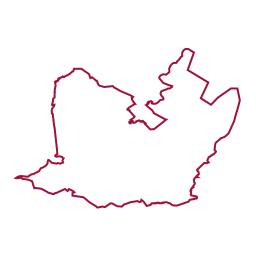 Aknīstes pag., Aknistes, Latvia (Robinson projection), rotated 181°
{"feature_id": "27541924B26802914642093", "entity_name": "Aknīstes pag.", "entity_type": "district", "adm_level": 2, "iso_a3": "LVA", "parent_name": "Latvia", "parent_adm1": "Aknistes", "projection": "robinson", "projection_center": [25.758, 56.171], "detail": "fine", "context": "isolated", "style": "outline", "palette": "rose", "viewbox_px": 256, "rotation_deg": 181, "n_neighbors": 0, "source": "geoboundaries", "source_scale": "gbopen_adm2", "svg_char_len": 5595}
<svg xmlns="http://www.w3.org/2000/svg" viewBox="0 0 256 256"><g transform="rotate(181 128 128)"><path d="M19.3,169.4L25.8,169.3L38.7,159.9L45.4,152.7L55.7,159.0L48.5,174.9L69.3,187.0L63.4,204.7L69.0,207.9L69.9,208.1L71.8,208.0L73.2,207.2L74.9,204.8L75.2,202.9L75.0,201.2L75.2,200.7L76.6,199.7L77.5,198.2L79.3,196.1L79.9,195.7L80.5,194.2L80.8,194.0L83.6,193.8L85.3,192.6L87.0,190.3L87.9,187.9L87.6,185.6L87.8,184.4L90.9,182.0L93.9,182.3L94.5,182.1L96.2,181.1L96.7,180.7L97.5,179.5L97.6,179.1L97.5,178.2L95.3,175.7L93.6,173.7L87.5,171.4L84.7,170.8L84.5,170.6L84.8,169.9L86.9,168.2L88.7,168.2L90.2,167.3L92.8,166.4L95.4,165.2L96.1,163.1L95.7,161.8L94.7,160.4L93.4,159.0L93.0,157.6L93.1,157.3L96.7,156.2L98.3,154.2L100.6,152.8L102.1,152.7L103.6,152.7L104.5,153.0L104.4,153.5L104.3,153.9L104.4,154.3L104.2,154.4L104.2,154.5L104.5,154.6L104.7,154.8L105.1,154.9L105.2,155.1L105.7,155.0L106.0,155.2L106.6,154.9L106.7,154.6L107.3,154.6L107.7,154.7L108.0,154.6L108.1,154.4L108.6,154.1L108.6,153.7L108.3,153.6L108.2,153.5L108.4,153.3L108.6,153.3L109.0,153.0L108.9,152.5L108.6,152.4L109.5,151.9L109.5,151.6L109.8,151.4L110.3,151.2L104.3,146.2L104.1,146.1L102.7,144.0L102.7,143.7L102.5,143.3L91.6,137.7L91.0,137.3L90.0,137.1L91.5,135.9L92.3,135.1L102.1,127.2L102.5,127.3L105.3,127.0L106.2,127.4L109.9,131.3L111.0,132.1L110.9,132.5L110.4,133.0L110.7,133.3L111.3,133.5L111.7,133.8L112.6,133.8L112.7,134.0L112.3,134.1L112.3,134.3L112.7,134.4L112.8,134.8L113.1,134.8L113.4,135.4L115.0,135.0L115.2,134.9L114.9,134.5L115.1,134.4L115.5,134.5L115.9,134.8L116.0,135.3L117.0,135.9L119.2,134.8L119.5,135.0L119.8,134.9L119.8,134.6L120.3,134.2L120.3,133.9L120.5,133.7L122.8,133.2L123.3,134.0L123.8,134.2L124.3,134.2L124.7,134.1L125.3,133.5L125.3,133.1L125.3,132.9L125.7,132.7L126.4,132.7L126.9,133.9L123.9,135.2L125.6,136.1L123.0,137.9L121.6,139.5L124.0,142.1L126.4,144.6L126.7,145.1L126.7,145.3L127.0,145.4L126.8,145.7L128.9,146.3L129.0,146.7L127.9,147.9L126.8,148.8L122.0,151.9L121.2,152.1L122.8,154.0L124.4,156.3L124.7,157.7L124.6,158.1L124.4,158.2L124.5,158.3L124.3,158.4L123.5,159.3L126.5,160.9L135.2,164.4L137.1,165.3L140.4,167.2L142.2,168.0L144.0,169.6L152.4,168.6L156.9,169.7L158.4,170.8L158.5,171.3L159.3,172.4L159.2,173.1L160.0,174.7L160.6,174.6L161.7,175.7L164.7,178.0L165.7,178.0L165.9,177.7L166.0,177.6L166.1,177.3L166.5,177.2L167.9,181.2L175.7,186.4L183.1,186.2L183.6,184.0L183.9,183.6L184.7,183.4L186.8,181.4L187.2,181.3L187.2,180.8L187.3,181.0L189.2,179.9L189.5,179.8L189.5,179.6L189.9,179.6L191.8,178.6L192.6,177.9L192.9,178.0L193.1,177.8L193.4,177.8L193.4,178.1L193.8,178.1L193.8,178.3L194.0,178.4L194.1,178.2L194.8,177.9L195.6,177.5L197.0,176.7L197.3,176.8L197.5,176.4L197.8,176.2L197.4,176.1L197.9,175.7L198.1,175.8L198.1,175.3L198.6,174.9L199.0,174.6L199.3,174.2L199.1,174.0L199.4,173.9L200.0,173.9L200.3,173.7L200.5,173.7L200.5,173.2L200.9,173.4L201.2,173.0L201.8,172.8L201.1,169.6L201.3,167.9L201.9,165.0L202.0,162.4L201.8,162.3L201.9,162.1L202.0,159.6L201.9,157.3L202.0,157.1L202.6,156.6L203.5,155.6L203.4,153.7L204.4,149.8L204.2,149.6L202.0,150.0L202.3,148.7L203.5,147.1L204.2,146.0L204.4,145.4L204.6,144.4L204.3,141.1L203.5,140.8L202.2,131.0L201.7,127.8L201.5,127.7L198.6,105.0L198.2,100.6L198.9,100.4L200.2,99.3L200.3,98.6L200.0,98.3L198.6,98.0L197.2,98.5L195.1,98.4L193.3,97.8L192.6,96.6L191.9,96.5L193.0,94.3L192.3,92.3L195.4,91.1L197.6,91.8L198.7,91.1L203.8,92.0L206.2,94.4L207.2,94.6L207.7,93.0L207.8,91.5L208.1,90.7L209.8,88.6L212.0,87.3L214.6,86.1L216.2,83.3L221.5,80.5L224.0,79.8L227.4,77.5L234.0,78.1L236.2,77.8L239.0,76.3L239.3,76.0L237.2,75.8L234.1,76.5L232.6,75.3L228.7,74.9L226.2,74.4L222.9,73.0L221.5,68.6L220.6,66.1L219.1,66.4L213.5,65.7L208.6,63.2L206.7,62.0L202.5,60.9L201.6,60.5L201.0,60.9L200.5,60.9L200.1,61.5L198.5,61.8L190.2,65.8L189.8,65.9L187.4,63.9L186.4,65.3L186.2,65.8L185.5,65.7L182.0,64.1L180.5,62.8L182.4,61.9L182.3,59.4L171.5,58.0L169.6,56.7L166.3,53.9L164.1,52.4L158.6,49.2L157.2,47.9L152.3,49.0L149.6,48.5L144.3,52.3L143.8,52.4L142.3,52.2L137.4,49.6L132.8,49.3L130.7,51.4L124.0,53.9L117.2,55.1L115.4,54.1L113.9,54.6L113.4,56.4L111.2,54.7L107.9,50.4L106.6,50.9L106.2,50.9L104.5,51.3L104.1,51.5L103.6,52.2L103.3,52.9L102.7,53.2L101.9,53.2L101.6,53.0L101.3,53.2L100.6,53.1L100.4,53.3L99.9,53.3L99.6,53.1L99.3,53.4L98.7,53.3L98.7,53.5L98.3,53.5L97.4,53.9L96.9,53.7L96.3,53.8L96.2,53.5L95.7,53.8L95.5,53.7L95.4,53.4L94.7,53.3L93.9,53.4L93.6,53.2L93.2,53.3L93.3,53.4L93.2,53.5L92.9,53.4L92.7,53.4L92.2,53.8L92.1,54.0L91.7,54.2L91.2,53.8L90.8,54.1L90.4,54.0L90.1,54.2L89.6,54.4L88.5,54.5L87.5,54.3L86.7,54.0L86.1,53.6L85.5,53.6L84.5,53.3L83.9,52.7L81.8,51.4L77.6,51.3L66.2,55.4L65.0,57.3L60.7,58.1L60.6,58.3L60.7,58.5L60.3,58.6L58.2,58.6L57.9,59.0L57.8,60.4L57.9,60.5L58.2,60.6L58.5,60.8L63.5,61.7L64.0,62.1L63.7,65.1L64.2,65.5L64.5,66.1L64.4,66.4L63.7,66.8L64.0,67.6L64.0,67.9L62.8,68.9L62.7,69.2L62.8,69.6L62.7,69.8L62.2,69.9L61.8,69.8L61.5,70.0L61.9,70.7L61.9,70.9L60.5,72.9L60.2,74.0L60.4,74.5L60.8,74.8L61.3,77.6L59.6,79.9L59.0,80.1L57.5,80.1L58.1,80.5L58.2,81.0L58.5,80.9L58.5,81.2L58.3,81.3L58.0,81.8L57.5,82.2L56.8,82.5L56.7,82.9L56.3,83.3L56.9,85.8L57.6,86.0L57.8,86.2L58.2,87.1L58.2,87.4L51.0,94.5L49.6,94.2L49.0,94.1L46.7,95.0L47.8,96.1L48.1,96.7L47.6,98.4L46.7,100.4L46.2,100.5L45.0,101.2L44.5,101.9L43.9,101.9L43.7,102.0L43.1,102.9L42.9,103.0L42.0,103.0L41.5,103.5L41.2,104.0L39.6,105.8L39.6,106.0L39.8,106.3L40.6,107.1L41.2,108.0L40.8,109.6L40.9,110.1L40.4,113.8L39.8,115.0L35.2,119.0L35.3,119.2L31.1,120.9L27.4,124.3L22.1,136.5L21.0,140.7L20.7,142.3L18.6,149.5L16.8,157.1L16.7,157.6L19.3,169.4Z" fill="none" stroke="#9f1239" stroke-width="2"/></g></svg>